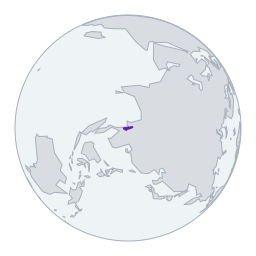 Kayin on an orthographic globe, rotated 104°
{"feature_id": "MMR-3266", "entity_name": "Kayin", "entity_type": "State", "adm_level": 1, "iso_a3": "MMR", "parent_name": "Myanmar", "parent_adm1": "", "projection": "orthographic", "projection_center": [97.58, 17.357], "detail": "fine", "context": "on_globe", "style": "filled", "palette": "violet", "viewbox_px": 256, "rotation_deg": 104, "n_neighbors": 0, "source": "natural_earth", "source_scale": "10m", "svg_char_len": 11340}
<svg xmlns="http://www.w3.org/2000/svg" viewBox="0 0 256 256"><g transform="rotate(104 128 128)"><circle cx="128" cy="128" r="113" fill="#eef3f6" stroke="#a8b0b8"/><path d="M235.3,162.0L235.1,162.7L235.0,162.9L235.3,162.0ZM176.2,26.2L177.5,27.1L182.0,29.6L178.2,27.7L189.1,34.3L193.0,38.0L186.4,32.7L184.1,31.3L185.6,33.0L183.5,32.0L183.0,32.4L180.4,31.2L176.8,28.6L175.0,27.8L176.2,29.1L174.3,29.0L172.8,27.2L169.3,26.8L162.6,23.2L160.8,20.6L154.9,18.8L151.0,17.7L159.6,19.9L168.0,22.7L176.2,26.2ZM185.7,31.9L184.6,31.0L186.4,32.2L185.7,31.9ZM183.4,32.7L184.4,33.3L183.7,33.2L183.4,32.7ZM179.1,31.5L177.8,31.4L178.5,31.0L179.1,31.5ZM176.6,31.0L173.3,31.2L175.2,32.5L168.1,29.2L173.2,30.0L173.8,29.2L174.8,30.2L176.6,31.0ZM149.8,17.5L150.1,17.6L146.9,17.0L149.4,17.5L145.5,16.9L143.2,16.5L143.4,16.4L141.8,16.3L140.9,16.1L149.8,17.5ZM164.6,27.6L163.3,27.4L164.0,27.2L164.6,27.6ZM138.8,15.9L139.4,16.0L136.1,15.7L136.9,15.7L138.8,15.9ZM152.0,18.1L149.0,17.8L148.6,17.8L145.5,16.9L152.0,18.1ZM135.3,15.6L135.8,15.6L134.4,15.6L132.4,15.5L134.7,15.6L135.3,15.6ZM141.0,16.1L141.3,16.2L140.1,16.1L141.0,16.1ZM124.4,15.4L126.5,15.4L127.1,15.4L124.4,15.4ZM134.1,15.6L134.8,15.7L135.3,15.7L134.0,15.7L134.1,15.6ZM143.5,16.7L142.1,16.6L144.6,17.0L142.3,16.9L140.7,16.4L140.4,16.5L139.7,16.5L139.2,16.2L143.5,16.7ZM134.2,15.9L131.3,15.6L127.4,15.5L126.7,15.5L133.1,15.6L134.2,15.9ZM137.2,16.1L135.2,15.9L135.3,15.8L136.8,15.8L137.2,16.1ZM141.4,17.0L145.3,17.4L145.5,17.5L141.4,17.0ZM133.0,15.9L133.7,16.0L132.7,15.9L133.0,15.9ZM138.8,16.6L140.1,16.7L140.4,16.8L138.8,16.6ZM134.1,16.3L133.1,16.1L134.1,16.1L134.1,16.3ZM136.2,16.5L135.0,16.2L136.8,16.5L136.2,16.5ZM138.8,16.7L139.4,16.8L138.2,16.7L138.8,16.7ZM131.0,16.7L129.2,16.1L131.4,16.0L132.8,16.5L131.0,16.7ZM38.8,59.2L37.3,61.4L38.5,63.7L38.1,65.1L34.5,69.6L32.7,79.6L36.2,76.5L37.9,83.3L41.3,85.4L48.6,76.7L43.1,73.1L45.6,67.9L52.7,67.0L58.1,70.8L59.2,68.9L58.7,63.2L62.9,61.0L58.9,61.0L58.3,63.2L55.8,63.5L56.2,61.5L57.6,60.7L56.8,59.0L50.1,63.8L48.8,66.6L45.0,65.2L42.5,69.9L40.4,71.1L43.9,63.8L45.7,61.7L49.8,53.3L47.4,55.3L43.5,63.5L43.4,62.4L40.2,65.8L42.6,62.3L47.5,53.4L46.0,52.7L39.0,59.2L39.1,58.8L39.2,58.6L49.2,47.5L48.0,49.5L50.7,47.1L55.3,42.6L54.5,43.8L56.3,42.3L56.2,43.1L60.4,41.0L61.0,41.7L66.8,38.0L67.9,38.0L64.2,40.1L61.9,42.2L63.9,44.6L65.5,44.3L69.1,41.8L69.2,43.0L72.5,40.3L75.7,41.0L74.5,38.1L78.7,35.7L82.9,34.8L84.0,33.6L77.3,35.2L74.7,36.3L72.9,38.1L65.8,41.5L64.3,41.3L70.8,36.2L69.3,35.7L75.1,32.4L89.9,29.4L94.0,30.0L92.0,35.8L88.6,36.8L87.7,35.1L84.8,38.8L86.8,37.4L86.9,38.6L91.0,37.0L91.2,37.8L94.7,35.1L95.4,35.9L93.2,37.6L99.8,36.5L102.5,38.0L103.9,37.4L104.6,36.3L107.6,39.2L108.5,38.7L107.8,37.5L109.2,35.7L112.8,33.8L113.6,34.9L112.4,35.8L111.2,39.3L108.0,41.6L108.7,41.9L111.7,40.2L113.1,35.8L115.1,34.4L114.8,36.4L115.1,35.5L116.3,35.2L118.2,36.0L118.7,33.9L130.8,30.1L135.8,31.6L134.3,33.5L143.6,33.2L148.6,35.7L148.0,34.5L152.1,33.9L150.6,33.1L150.6,32.5L160.4,31.7L163.4,32.6L166.9,31.6L166.6,31.1L164.6,30.3L168.1,29.2L175.2,32.5L175.5,33.4L179.8,35.1L179.9,37.2L182.0,40.0L179.6,41.9L181.5,44.2L182.9,44.6L186.5,48.4L188.9,55.3L180.5,47.7L175.8,38.7L177.2,42.0L174.9,40.8L174.2,41.8L175.4,44.4L176.7,45.0L168.7,48.1L167.6,55.6L172.4,55.4L175.7,57.9L178.7,67.9L171.2,81.6L175.6,86.5L176.2,89.7L172.9,91.6L172.1,86.9L168.4,85.2L168.4,82.5L162.9,84.5L162.7,80.7L158.5,84.4L160.5,87.5L165.5,86.8L162.0,92.1L167.5,97.6L168.5,104.2L160.6,115.8L152.0,119.2L151.5,121.3L147.9,118.9L143.3,123.0L150.3,135.0L150.2,138.5L142.7,144.9L142.5,142.3L132.8,135.7L131.2,143.9L138.5,151.0L141.0,158.9L135.5,156.3L132.9,149.3L129.5,146.7L130.3,139.6L127.2,128.8L121.6,130.5L121.9,126.3L116.8,117.2L108.7,119.3L95.9,129.4L94.3,140.2L89.8,144.4L83.9,127.9L83.7,117.2L80.0,117.6L75.3,107.8L62.5,104.4L62.1,101.5L59.4,102.1L56.3,98.4L56.2,93.6L53.7,93.1L54.3,105.6L57.1,106.3L61.5,102.8L61.0,107.1L64.2,111.8L55.6,119.9L39.0,123.7L39.7,115.5L39.5,90.9L40.8,88.8L40.9,88.5L41.1,88.0L38.6,91.3L39.3,86.7L36.9,103.0L35.5,109.6L38.7,124.1L37.8,125.1L39.6,128.4L48.1,128.2L47.7,130.9L42.1,141.7L32.4,154.3L35.1,166.0L36.7,175.2L33.7,178.8L37.1,186.3L36.0,187.5L38.0,191.4L38.9,194.6L39.2,196.7L36.9,194.2L32.4,187.6L28.4,180.7L25.0,173.5L22.0,166.1L19.6,158.5L18.5,153.9L17.2,147.3L15.4,130.8L15.6,123.5L15.8,119.6L15.7,119.1L16.6,111.0L18.2,103.0L20.3,95.1L22.9,87.4L26.1,80.0L29.9,72.7L34.1,65.8L38.8,59.2ZM61.3,80.1L66.1,82.4L68.1,75.7L70.2,76.1L70.1,73.9L68.3,75.2L68.8,69.3L72.4,68.5L74.0,65.9L72.4,65.1L65.8,67.6L64.9,76.0L62.0,77.9L61.3,80.1ZM65.8,34.8L64.4,36.0L62.3,37.2L61.6,37.2L64.6,35.3L65.8,34.8ZM62.9,37.4L69.6,32.9L70.4,33.0L68.8,33.6L68.6,34.2L66.1,35.4L60.2,40.3L58.0,41.9L57.8,40.5L59.1,40.0L60.4,38.7L62.9,37.4ZM85.6,23.9L88.5,22.7L86.3,24.4L83.8,25.4L82.9,25.2L85.3,24.0L85.6,23.9ZM132.4,15.4L131.3,15.4L129.9,15.4L130.0,15.4L132.4,15.4ZM129.8,15.4L127.9,15.4L127.3,15.4L129.8,15.4ZM125.7,15.4L125.3,15.4L124.9,15.4L125.7,15.4ZM107.8,17.2L110.4,16.7L110.6,16.7L108.7,17.0L112.1,16.5L112.3,16.5L116.6,16.2L121.5,15.8L123.2,15.8L121.4,16.0L124.3,15.9L122.0,16.4L123.2,16.5L122.1,17.2L118.0,17.8L119.6,17.9L118.8,18.6L115.5,19.3L116.2,18.6L112.0,20.0L111.0,19.4L110.5,19.6L108.5,19.5L105.2,19.9L105.3,19.6L104.0,19.9L102.6,20.0L100.8,20.4L100.3,20.0L98.1,20.5L99.1,20.1L95.5,21.1L98.0,20.2L96.4,20.5L94.8,21.2L96.1,20.0L107.8,17.2ZM130.5,16.9L125.8,17.3L122.9,17.3L126.0,16.2L125.3,16.0L127.1,15.6L131.2,15.7L130.3,15.7L130.4,15.9L129.1,15.8L130.2,16.0L129.0,16.1L129.5,16.4L127.8,16.4L130.5,16.9ZM39.7,63.9L39.8,64.6L40.4,65.1L38.4,67.4L39.7,63.9ZM42.9,57.8L43.3,57.9L40.7,61.0L40.7,60.5L42.9,57.8ZM45.7,55.4L43.5,57.7L44.6,56.1L45.7,55.4ZM64.8,40.2L65.4,40.3L64.6,41.0L63.3,41.7L64.8,40.2ZM102.7,24.6L103.5,23.9L104.3,23.8L107.8,22.5L108.8,23.1L107.1,24.0L102.7,24.6ZM46.5,77.7L44.2,78.9L44.3,77.7L45.0,77.5L46.5,77.7ZM40.1,72.8L40.5,75.1L39.6,73.4L40.1,72.8ZM104.3,24.9L105.7,24.3L105.4,25.0L104.3,24.9ZM109.7,23.4L109.7,24.1L109.3,23.0L109.7,23.4ZM92.3,228.2L94.6,229.3L92.9,229.1L92.3,228.2ZM48.4,178.3L49.2,192.7L45.9,191.5L43.2,186.5L41.5,177.4L44.7,176.0L45.6,172.3L48.4,178.3ZM168.5,176.7L171.7,177.0L171.6,177.5L168.5,176.7ZM165.2,175.1L168.9,175.2L164.5,176.2L165.2,175.1ZM170.3,175.2L174.1,174.1L175.7,173.2L175.4,174.2L170.3,175.2ZM162.7,175.2L148.7,175.2L143.1,173.9L144.5,172.1L153.5,172.6L162.7,175.2ZM144.1,172.0L135.5,166.7L123.5,151.2L127.8,151.6L140.3,161.2L139.5,162.8L144.7,166.9L144.1,172.0ZM164.6,162.6L163.8,167.3L156.1,167.0L152.6,166.2L150.2,160.2L151.6,157.1L154.5,157.2L165.4,146.5L169.3,149.0L166.0,153.5L169.1,157.6L164.6,162.6ZM94.8,141.2L97.3,148.0L94.8,148.7L94.8,141.2ZM169.7,138.9L165.4,143.7L169.2,137.4L169.7,138.9ZM171.9,133.0L172.2,135.3L170.4,133.1L171.9,133.0ZM151.6,124.6L148.5,125.1L148.4,123.5L152.2,121.8L151.6,124.6ZM169.3,109.8L169.6,114.7L169.1,116.4L167.6,113.5L169.3,109.8ZM114.8,30.5L108.8,31.5L105.1,33.1L104.1,35.0L102.9,32.9L108.6,30.5L114.8,30.5ZM128.8,29.9L129.6,28.5L131.0,29.1L131.0,29.5L128.8,29.9ZM128.1,29.1L125.9,27.6L127.5,26.9L128.9,28.2L128.1,29.1ZM114.9,25.7L113.0,25.9L113.3,25.3L114.9,25.7ZM201.9,213.0L200.8,213.9L208.8,206.5L201.9,213.0ZM189.1,218.2L190.6,215.4L193.9,214.4L191.2,217.2L189.1,218.2ZM216.1,198.2L217.9,195.8L216.6,197.6L216.1,198.2ZM181.4,208.0L160.2,215.5L155.9,214.9L157.8,212.3L155.5,204.4L156.9,204.5L157.0,198.9L169.9,193.3L179.4,183.2L185.7,183.3L191.0,175.8L197.2,175.7L194.9,181.4L200.7,184.3L206.2,171.3L208.2,183.9L211.3,187.6L210.4,195.2L198.9,209.6L193.8,212.9L193.5,212.0L191.2,213.6L188.6,213.6L188.5,209.8L186.2,211.3L189.1,207.9L185.4,211.1L184.7,208.6L181.4,208.0ZM225.0,177.6L225.5,177.7L225.7,179.4L225.0,179.5L225.0,177.6ZM233.9,165.6L233.7,166.5L233.3,167.2L233.9,165.6ZM235.0,162.9L234.6,163.8L235.3,162.0L235.0,162.9ZM229.6,168.7L229.7,169.4L229.4,169.8L229.6,168.7ZM229.4,168.5L230.0,167.1L229.7,168.4L229.4,168.5ZM227.5,162.6L228.0,161.8L228.1,162.2L227.5,162.6ZM176.4,176.9L180.9,173.0L183.3,172.6L176.4,176.9ZM227.1,161.3L226.1,161.5L226.3,160.8L227.1,161.3ZM227.3,159.6L227.3,158.7L227.7,160.8L227.3,159.6ZM225.5,158.0L226.7,159.4L225.3,158.2L225.5,158.0ZM224.7,158.4L223.8,157.9L223.9,157.6L224.7,158.4ZM212.9,162.3L216.6,167.6L213.4,168.0L209.9,164.9L206.7,168.9L199.7,169.2L201.4,166.8L200.6,163.6L193.1,163.0L191.6,161.0L194.3,159.3L189.2,158.0L194.8,156.5L197.0,160.8L200.2,157.0L205.3,157.3L210.2,158.1L213.9,160.8L212.9,162.3ZM194.7,166.3L195.6,166.3L194.7,167.7L194.7,166.3ZM222.0,155.9L223.4,157.7L223.2,158.3L222.5,158.1L222.0,155.9ZM214.8,159.9L218.8,155.5L219.7,155.4L217.0,160.1L214.8,159.9ZM218.0,153.3L219.7,153.5L220.6,155.4L220.2,156.0L218.0,153.3ZM183.2,163.1L183.0,164.4L181.5,163.5L183.2,163.1ZM185.2,162.2L189.6,163.3L184.8,163.3L185.2,162.2ZM171.3,158.6L172.6,161.5L177.0,159.4L173.7,162.3L176.5,167.0L175.5,168.9L172.7,163.7L171.5,169.2L169.6,169.1L168.7,164.6L170.6,158.8L172.6,156.4L180.3,155.1L171.3,158.6ZM185.2,158.6L184.0,155.3L184.9,152.9L186.2,154.6L185.2,158.6ZM180.3,147.1L177.0,143.3L174.1,144.9L179.8,139.1L182.1,143.7L180.3,147.1ZM177.3,138.4L174.6,139.9L177.3,136.6L177.3,138.4ZM173.8,138.6L173.4,135.8L175.6,136.1L173.8,138.6ZM178.7,138.5L179.0,133.7L180.2,136.5L178.7,138.5ZM172.1,129.6L177.1,134.0L170.8,132.3L170.0,123.2L172.6,122.9L172.1,129.6ZM183.0,93.0L182.0,90.5L184.2,89.8L184.2,91.7L183.0,93.0ZM190.4,86.3L184.4,88.9L179.5,91.3L181.3,92.4L180.7,96.7L177.7,92.8L180.7,88.1L184.6,87.0L184.6,83.6L187.0,81.2L185.6,77.0L186.5,75.1L189.0,78.7L190.4,86.3ZM184.8,75.2L183.2,68.1L187.6,68.9L188.9,70.7L187.8,73.5L185.6,72.9L184.8,75.2ZM184.1,66.7L181.9,66.1L174.8,56.2L174.5,54.4L182.1,61.9L180.5,61.8L181.4,64.2L184.1,66.7ZM164.1,28.0L163.4,27.4L164.7,27.9L164.1,28.0ZM149.7,32.1L149.9,31.4L151.4,31.8L149.7,32.1ZM151.4,29.8L149.6,29.8L151.2,29.3L151.4,29.8ZM145.6,30.0L148.7,29.5L146.2,30.6L145.6,30.0Z" fill="#d9dde1" stroke="#a8b0b8" stroke-width="1"/><path d="M127.6,125.7L127.7,125.8L127.8,126.0L128.0,126.1L128.1,126.3L128.2,126.5L128.3,126.6L128.3,126.8L128.2,127.0L128.3,127.2L128.3,127.3L128.7,127.7L128.8,127.7L128.8,127.8L129.0,128.0L129.1,128.3L129.3,128.4L129.3,128.5L129.5,128.6L129.7,128.8L129.8,129.0L129.7,129.0L129.8,129.0L129.7,129.1L129.7,129.3L129.8,129.4L129.8,129.5L130.0,129.8L130.0,130.1L130.3,129.9L130.4,129.7L130.4,129.8L130.5,129.9L130.5,130.0L130.4,130.3L130.3,130.5L130.2,130.4L130.0,130.5L129.9,130.6L129.9,130.8L129.9,131.0L129.8,131.3L129.9,131.7L129.9,131.8L129.8,132.0L129.8,131.9L129.7,131.9L129.6,132.0L129.4,132.1L129.2,132.2L129.0,131.9L128.9,131.8L128.9,131.6L128.7,131.4L128.6,131.2L128.5,130.9L128.5,130.7L128.5,130.4L128.8,130.4L129.0,130.4L129.0,130.2L128.9,130.1L128.8,129.9L128.7,129.8L128.6,129.7L128.4,129.6L128.2,129.5L128.1,129.4L128.0,129.2L127.9,129.2L127.8,128.9L127.8,128.7L127.9,128.3L127.9,128.2L127.8,127.9L127.7,127.8L127.8,127.7L127.7,127.6L127.6,127.4L127.5,127.5L127.4,127.5L127.3,127.3L127.2,127.3L127.3,127.2L127.2,127.0L127.2,126.8L127.2,126.7L127.3,126.6L127.3,126.4L127.2,126.4L127.2,126.2L126.9,126.0L126.9,125.9L126.9,125.7L126.7,125.5L126.4,125.5L126.3,125.4L126.2,125.3L126.2,125.2L126.3,125.2L126.2,125.1L126.3,124.9L126.2,124.8L126.2,124.7L126.1,124.4L126.0,124.2L125.9,124.2L125.9,123.9L126.0,123.8L126.3,123.8L126.5,123.9L126.6,124.0L126.6,124.3L126.7,124.5L126.8,124.5L126.9,124.8L126.9,125.0L127.0,125.0L127.1,125.4L127.3,125.4L127.5,125.4L127.5,125.5L127.6,125.7Z" fill="#8b5cf6" stroke="#5b21b6" stroke-width="1.5"/></g></svg>